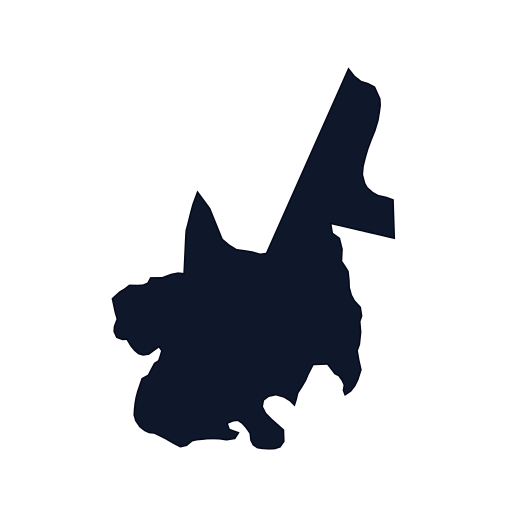 the district of Salinópolis, Pará, Brazil, rotated 192°
{"feature_id": "56859067B4042781644411", "entity_name": "Salinópolis", "entity_type": "district", "adm_level": 2, "iso_a3": "BRA", "parent_name": "Brazil", "parent_adm1": "Pará", "projection": "natural_earth1", "projection_center": [-47.351, -0.707], "detail": "fine", "context": "isolated", "style": "filled", "palette": "ink", "viewbox_px": 512, "rotation_deg": 192, "n_neighbors": 0, "source": "geoboundaries", "source_scale": "gbopen_adm2", "svg_char_len": 2048}
<svg xmlns="http://www.w3.org/2000/svg" viewBox="0 0 512 512"><g transform="rotate(192 256 256)"><path d="M204.4,458.3L209.1,436.1L225.3,359.9L246.3,260.7L252.3,258.5L260.4,259.1L266.8,258.8L276.5,258.1L284.6,261.0L292.6,265.3L311.1,292.7L326.5,306.4L328.4,293.1L328.8,285.4L329.3,271.7L329.6,266.4L328.2,257.2L322.7,223.7L328.6,223.1L335.0,220.4L343.3,215.2L354.5,212.7L356.1,207.0L360.4,204.0L365.4,202.6L373.7,201.0L377.9,196.0L381.5,192.8L387.6,184.4L382.0,171.8L378.6,165.5L379.8,157.6L379.1,152.7L375.3,147.5L369.2,146.6L364.9,147.8L359.4,141.9L354.9,138.4L350.6,136.1L345.9,135.7L340.4,137.8L336.4,142.4L332.1,147.2L328.4,143.8L328.8,138.7L329.4,133.3L332.9,129.9L334.7,123.6L336.5,117.0L341.9,112.4L342.7,105.5L343.5,98.9L343.8,93.2L343.6,87.1L343.0,81.1L342.1,75.1L339.3,69.9L334.1,64.9L328.6,62.2L323.8,61.1L318.7,61.7L311.8,60.0L306.4,58.6L301.7,57.0L296.2,55.3L290.2,53.7L284.5,56.4L280.2,61.9L275.8,64.0L270.8,65.5L265.3,67.3L259.0,68.7L253.9,69.6L246.6,70.1L238.8,73.1L236.4,79.5L246.2,80.8L249.5,86.4L244.0,90.1L239.5,91.5L234.7,89.6L229.8,86.0L224.8,81.3L222.7,74.8L219.4,70.7L214.7,68.8L209.7,69.1L203.0,70.1L197.6,71.5L192.8,74.3L190.2,80.5L191.7,86.4L192.9,91.5L207.0,99.5L213.9,104.1L218.6,109.9L218.8,116.5L214.6,121.4L207.6,124.5L199.2,123.9L192.3,121.4L187.4,118.1L186.9,123.6L186.7,130.8L184.1,137.5L181.7,144.7L180.5,151.0L177.6,161.7L163.6,165.2L157.8,160.3L154.4,157.3L150.1,156.2L145.9,152.4L142.8,148.2L142.6,142.8L140.0,138.7L135.3,143.6L132.4,149.6L130.7,156.4L129.7,166.6L133.8,175.5L137.4,184.5L136.5,191.0L137.8,203.4L140.9,213.6L140.2,219.3L143.3,227.5L150.6,232.7L154.7,237.6L158.3,244.6L160.1,251.9L162.8,260.1L166.7,264.2L171.3,268.6L173.2,280.5L178.1,290.6L186.1,294.1L189.7,303.4L124.4,302.1L133.6,339.4L140.9,340.4L149.2,340.5L155.1,342.3L161.5,345.9L164.8,349.6L168.9,357.7L169.9,366.0L169.6,375.2L168.9,384.3L167.5,393.7L165.8,403.3L164.9,414.0L165.3,422.4L165.8,429.1L167.5,435.4L175.2,445.9L182.4,447.9L189.6,448.5L197.3,452.3L204.4,458.3Z" fill="#0f172a" stroke="#020617" stroke-width="1.5"/></g></svg>